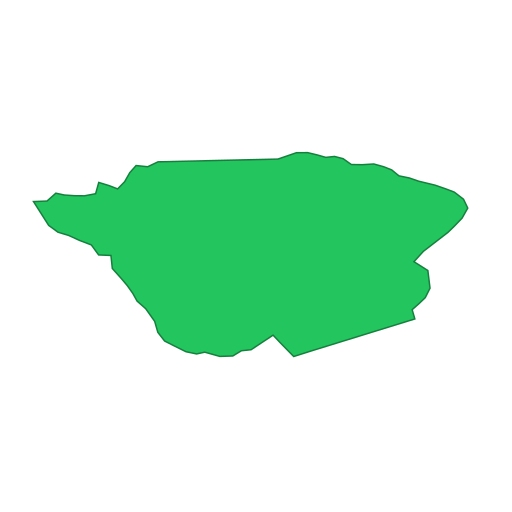 Santa Helena, Santa Catarina, Brazil (Albers equal-area conic projection), rotated 174°
{"feature_id": "56859067B59860797410622", "entity_name": "Santa Helena", "entity_type": "district", "adm_level": 2, "iso_a3": "BRA", "parent_name": "Brazil", "parent_adm1": "Santa Catarina", "projection": "albers", "projection_center": [-53.615, -26.92], "detail": "fine", "context": "isolated", "style": "filled", "palette": "green", "viewbox_px": 512, "rotation_deg": 174, "n_neighbors": 0, "source": "geoboundaries", "source_scale": "gbopen_adm2", "svg_char_len": 1055}
<svg xmlns="http://www.w3.org/2000/svg" viewBox="0 0 512 512"><g transform="rotate(174 256 256)"><path d="M104.6,176.8L106.3,186.3L98.6,191.8L92.0,196.9L86.3,205.8L86.6,223.6L99.5,233.8L89.1,243.1L62.5,259.5L55.3,265.2L47.1,272.1L40.4,281.5L43.7,290.8L52.1,298.8L60.4,303.0L70.4,307.7L86.4,313.4L95.4,317.6L105.5,320.8L112.0,327.4L119.6,331.4L129.2,335.2L140.7,335.7L151.6,337.0L159.2,343.7L167.5,346.8L176.3,346.8L184.5,350.1L193.8,353.4L205.0,354.5L224.1,350.1L343.6,359.9L354.4,356.1L365.8,358.5L372.8,352.1L378.9,343.6L386.6,337.2L394.8,341.4L404.7,345.6L409.0,334.7L420.3,333.8L429.9,334.9L440.3,336.7L448.5,339.4L458.1,332.5L471.6,333.4L459.0,308.1L450.4,300.3L440.3,296.1L429.8,289.9L418.6,284.2L412.4,273.5L400.2,271.7L400.2,258.6L392.4,247.8L387.1,240.0L382.4,231.6L379.0,223.6L371.2,215.1L363.6,201.6L361.6,190.3L355.8,181.0L346.5,175.0L335.6,168.1L325.3,164.8L317.0,165.7L302.4,159.9L289.5,159.0L280.4,163.3L270.7,163.3L247.3,175.5L240.8,167.0L229.0,152.1L209.0,156.2L104.6,176.8Z" fill="#22c55e" stroke="#15803d" stroke-width="1.5"/></g></svg>